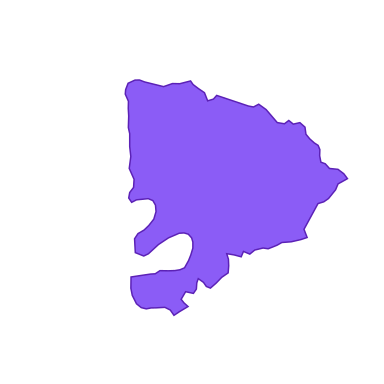 Lidianópolis, Paraná, Brazil (orthographic projection), rotated 219°
{"feature_id": "56859067B67483695110473", "entity_name": "Lidianópolis", "entity_type": "district", "adm_level": 2, "iso_a3": "BRA", "parent_name": "Brazil", "parent_adm1": "Paraná", "projection": "orthographic", "projection_center": [-51.644, -24.072], "detail": "fine", "context": "isolated", "style": "filled", "palette": "violet", "viewbox_px": 384, "rotation_deg": 219, "n_neighbors": 0, "source": "geoboundaries", "source_scale": "gbopen_adm2", "svg_char_len": 1713}
<svg xmlns="http://www.w3.org/2000/svg" viewBox="0 0 384 384"><g transform="rotate(219 192 192)"><path d="M128.4,84.8L126.4,91.2L123.0,100.5L128.6,100.8L132.9,101.8L134.2,110.5L127.1,114.1L127.5,119.3L131.1,124.4L132.6,128.6L126.2,129.0L121.4,127.6L117.2,128.9L115.9,136.4L115.2,144.4L113.0,151.9L117.0,157.7L121.4,162.7L126.2,165.9L119.7,169.6L113.0,172.6L114.6,178.2L108.0,180.1L106.7,186.4L101.5,193.2L97.1,195.8L94.6,200.2L92.4,204.2L90.4,209.3L83.5,215.8L77.4,223.6L73.9,229.1L81.5,233.5L86.8,262.3L83.4,267.3L81.8,272.8L81.8,284.1L83.6,290.2L79.6,300.2L85.4,301.7L92.8,301.5L100.0,296.8L106.2,297.8L110.6,296.3L115.6,300.5L119.3,305.4L123.3,307.6L127.9,307.1L133.9,307.4L139.8,308.6L145.0,313.5L151.8,313.8L156.0,308.5L161.8,308.5L163.1,303.2L169.4,299.6L186.3,302.7L195.4,302.2L197.7,296.8L202.3,294.3L233.6,282.6L233.8,277.7L237.2,272.7L244.8,277.0L252.2,276.4L258.8,276.2L263.0,277.4L269.7,268.4L275.4,264.0L280.4,256.0L298.1,247.7L303.3,246.0L306.8,243.0L310.1,236.3L308.0,229.8L305.5,226.1L298.5,222.5L294.1,216.8L289.0,211.2L282.0,202.0L277.1,198.1L269.0,188.1L261.9,181.1L255.6,170.8L245.0,165.4L240.3,158.8L240.1,152.4L237.4,147.5L232.4,146.0L230.2,151.0L221.8,159.3L217.0,160.7L212.1,158.8L207.6,154.1L204.6,146.9L204.5,138.7L205.3,132.3L207.8,125.7L207.2,119.5L197.9,109.2L189.2,111.9L187.0,116.5L185.0,130.1L181.4,141.6L176.0,151.9L172.4,155.2L168.3,156.9L163.4,156.1L159.8,153.6L156.0,148.9L153.3,142.3L151.5,136.5L150.1,128.4L152.4,124.0L155.8,120.2L160.5,116.1L167.4,110.7L169.1,105.3L172.4,102.3L179.6,94.5L185.9,87.6L178.9,78.7L173.4,74.1L164.8,70.2L158.7,70.2L154.0,72.4L150.8,76.2L147.2,79.2L140.5,85.3L134.6,86.6L128.4,84.8Z" fill="#8b5cf6" stroke="#5b21b6" stroke-width="1.5"/></g></svg>